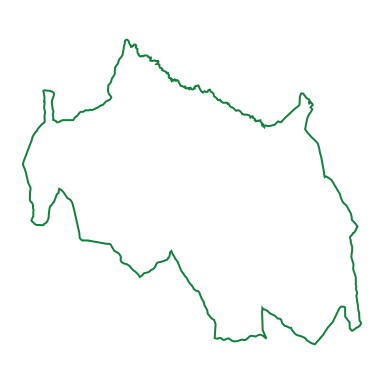 Monkoto, Équateur, Democratic Republic of the Congo
{"feature_id": "63176286B4277783159614", "entity_name": "Monkoto", "entity_type": "district", "adm_level": 2, "iso_a3": "COD", "parent_name": "Democratic Republic of the Congo", "parent_adm1": "Équateur", "projection": "equal_earth", "projection_center": [20.843, -1.599], "detail": "fine", "context": "isolated", "style": "outline", "palette": "green", "viewbox_px": 384, "rotation_deg": 0, "n_neighbors": 0, "source": "geoboundaries", "source_scale": "gbopen_adm2", "svg_char_len": 5877}
<svg xmlns="http://www.w3.org/2000/svg" viewBox="0 0 384 384"><path d="M126.0,39.8L125.0,40.9L124.6,44.4L123.9,46.3L123.7,48.6L122.5,54.9L121.2,57.1L119.0,59.7L118.0,63.5L116.0,66.0L114.9,68.2L115.2,69.7L114.7,71.3L114.9,73.5L114.3,74.9L111.9,78.6L111.0,81.8L110.3,83.1L108.3,85.4L108.0,90.9L108.3,92.3L109.1,94.1L111.0,96.5L111.3,97.4L110.6,98.7L109.7,99.7L106.0,101.5L102.8,105.0L101.4,105.2L97.7,107.5L92.3,110.0L89.9,109.8L88.3,110.4L85.4,110.3L83.0,111.9L80.7,111.9L79.7,112.5L77.4,115.7L75.1,117.1L73.2,120.1L62.7,120.1L58.3,122.3L56.7,122.2L55.8,120.9L53.1,119.8L53.4,118.0L52.8,114.7L53.4,112.2L53.4,111.3L52.7,109.1L51.8,102.5L52.1,100.2L53.8,95.7L53.9,93.0L52.7,91.9L49.5,90.8L44.5,90.3L43.4,90.7L44.4,96.6L44.5,99.9L43.9,101.2L44.1,101.8L44.7,102.0L44.1,107.6L45.1,112.1L44.5,116.4L44.7,120.4L44.5,122.3L41.9,124.3L38.0,128.6L36.6,131.3L35.8,131.7L32.8,136.3L31.6,140.5L23.7,161.2L23.0,163.6L23.2,165.6L24.5,168.3L25.9,172.6L28.2,182.8L30.5,187.7L30.5,189.9L30.0,192.3L30.1,193.5L29.8,199.3L30.2,200.9L32.3,203.2L32.7,204.1L33.0,205.9L33.0,207.9L33.6,210.2L33.3,211.8L33.3,216.3L32.4,217.9L31.4,220.7L34.9,224.1L36.4,224.9L43.4,225.2L44.1,224.0L45.8,223.0L47.4,221.2L48.6,218.0L48.9,213.1L49.6,208.0L50.5,205.9L51.1,205.6L52.9,203.2L52.9,202.7L53.5,202.5L54.1,201.7L56.8,194.4L57.6,193.5L58.6,192.9L58.9,189.1L59.2,188.7L61.3,190.0L63.5,192.2L67.5,198.2L70.4,199.8L72.2,202.6L74.1,209.7L79.3,233.0L79.7,237.8L81.2,239.8L82.9,240.7L83.6,240.4L88.0,240.5L106.4,243.8L109.1,243.8L110.3,244.3L111.2,245.2L111.8,246.8L113.0,248.5L114.1,250.7L118.7,253.4L120.2,255.4L121.0,257.4L120.6,258.5L120.7,260.4L121.6,262.2L124.1,263.5L126.6,264.1L129.9,266.1L131.2,268.1L133.8,270.7L135.1,271.4L138.3,274.6L139.8,277.0L141.8,275.7L144.1,273.2L148.7,272.1L151.6,269.6L153.1,269.2L154.8,267.3L156.8,263.2L157.5,262.6L162.3,261.5L167.4,259.6L167.9,258.3L168.9,257.4L169.4,256.5L170.0,253.1L170.4,251.9L171.3,251.0L172.6,254.0L174.4,256.8L174.8,258.0L177.7,261.9L181.2,270.7L183.5,273.7L184.6,275.7L186.8,278.1L188.2,280.9L189.9,283.4L192.4,286.3L193.8,289.0L195.8,290.6L198.0,291.0L199.3,292.5L201.3,297.8L204.0,302.7L204.3,304.8L207.3,310.4L207.6,313.0L208.0,314.1L211.2,318.0L214.2,320.1L215.6,324.2L214.7,338.1L217.4,338.8L219.3,338.0L221.0,338.1L223.0,339.8L224.1,340.0L227.5,338.5L228.8,338.4L232.1,340.8L233.9,341.4L237.2,341.1L242.4,339.5L243.1,339.9L245.0,340.0L246.0,339.7L249.5,336.5L250.5,336.0L251.8,335.8L255.6,336.5L257.7,335.4L260.1,334.6L263.7,336.1L264.5,337.2L266.4,338.7L262.7,330.2L262.1,313.0L262.4,308.0L263.2,309.1L265.4,309.8L267.9,311.2L269.1,312.7L271.6,314.2L275.0,315.8L277.7,318.5L280.0,318.8L280.7,319.3L281.3,320.0L282.1,323.0L284.8,325.9L286.4,326.2L289.5,327.8L291.0,327.8L291.8,329.7L295.2,334.0L297.1,335.1L301.3,336.3L304.2,337.6L305.8,338.7L306.7,340.1L311.2,343.1L314.9,344.3L322.8,335.2L327.9,327.5L332.9,321.8L339.0,309.0L340.1,307.5L341.2,306.6L343.9,306.7L344.5,306.9L345.1,307.6L345.2,316.6L349.6,322.5L349.7,328.2L351.8,330.7L352.6,330.7L357.0,327.4L358.1,327.2L360.0,325.4L360.9,323.9L361.0,323.1L360.5,321.9L359.6,320.7L359.1,314.8L359.3,313.1L358.4,310.6L357.5,302.5L357.0,301.2L357.1,299.9L356.6,297.9L356.4,295.6L357.2,292.9L356.0,289.4L356.3,286.3L355.8,284.3L355.8,277.9L355.3,275.4L353.5,270.4L353.2,268.4L353.5,264.2L351.3,257.0L351.7,253.1L352.1,251.7L352.2,246.9L350.7,242.1L350.8,240.9L350.0,237.5L350.2,236.8L352.2,234.6L353.1,233.0L354.3,232.5L355.8,230.1L356.3,228.6L357.5,226.6L355.5,223.7L351.9,219.9L351.6,216.5L350.8,213.4L346.3,205.3L343.8,203.2L342.6,201.6L341.0,198.1L339.8,193.9L331.3,179.7L326.1,176.4L325.5,176.4L324.8,177.0L324.3,176.0L324.1,172.8L321.2,157.0L320.0,152.8L319.1,148.0L317.8,143.5L316.1,141.5L311.2,136.8L307.2,132.3L305.1,129.2L307.1,119.0L307.7,117.3L308.9,114.7L311.7,110.6L312.3,109.2L310.5,107.2L312.7,105.0L312.6,104.3L310.0,101.2L309.6,102.0L309.7,103.2L309.3,103.5L309.0,102.7L309.4,99.9L309.0,99.4L306.5,98.1L303.4,93.8L301.6,93.3L300.9,93.8L299.9,96.9L299.5,104.4L299.0,105.5L294.7,108.9L284.1,118.8L281.2,122.1L280.0,122.2L278.7,121.5L277.9,121.5L274.7,124.7L269.7,126.0L268.1,126.1L265.5,125.4L264.8,125.9L264.4,127.0L264.0,126.4L263.4,126.5L263.3,124.5L262.9,124.2L262.1,124.9L261.7,122.8L260.6,121.7L260.4,120.3L258.0,121.0L257.4,120.6L256.0,121.3L254.8,120.3L255.1,119.4L254.9,119.0L253.0,117.8L252.9,116.8L252.6,116.3L251.9,116.3L250.4,117.6L249.9,115.8L248.3,115.0L246.0,114.5L244.5,114.8L243.4,114.2L242.2,114.2L241.8,113.0L239.6,110.8L237.8,110.2L236.2,110.8L232.7,107.6L231.0,107.1L229.8,105.9L228.7,103.8L228.1,104.2L227.6,104.0L227.1,102.7L223.2,102.8L221.5,101.7L220.9,100.8L220.4,100.8L220.1,99.8L218.0,100.1L216.3,97.8L214.2,96.4L213.8,95.5L213.5,93.6L211.6,92.0L210.5,91.6L210.2,90.0L209.8,89.6L208.3,90.3L207.5,91.8L205.5,91.9L204.4,91.2L202.8,92.5L200.9,90.8L199.5,88.2L198.5,85.5L197.4,85.6L196.5,86.2L195.9,85.9L195.0,86.4L194.1,87.9L194.8,88.0L194.8,88.4L192.6,89.5L191.3,89.2L190.6,87.7L190.2,87.8L189.2,89.2L188.9,89.0L188.7,88.0L188.1,87.9L186.2,88.5L185.5,87.9L185.3,86.5L184.9,86.5L184.3,87.4L182.2,86.0L180.6,85.8L180.0,84.3L178.6,82.1L178.6,81.3L177.2,80.1L176.0,80.8L175.6,79.9L174.8,79.4L174.4,80.2L173.3,79.9L172.9,80.6L172.1,79.6L171.6,80.8L171.0,79.8L170.8,78.2L169.3,78.1L169.1,77.1L168.6,76.5L169.1,75.3L168.4,74.5L168.0,72.8L167.4,72.7L166.7,73.2L165.8,71.8L161.9,70.0L162.3,68.9L160.9,67.9L160.0,67.8L159.3,66.1L159.4,64.6L158.1,63.9L156.6,64.0L158.3,62.2L158.5,61.6L158.2,61.0L155.8,61.0L154.7,60.4L152.3,61.0L150.4,60.7L150.3,60.3L151.1,58.1L150.9,57.6L149.8,58.1L149.6,57.3L148.2,57.0L147.5,55.6L144.4,55.4L143.3,56.3L142.4,55.8L140.3,56.6L138.7,55.0L138.7,54.0L138.0,53.6L137.6,52.8L137.3,50.8L137.5,49.0L136.3,48.2L135.9,47.2L136.2,45.8L135.8,44.9L134.7,44.5L134.1,44.6L133.5,45.8L132.2,46.0L131.8,46.9L130.9,46.9L130.8,46.5L131.1,45.6L130.2,45.0L129.0,42.7L128.6,41.0L127.2,39.7L126.0,39.8Z" fill="none" stroke="#15803d" stroke-width="2"/></svg>